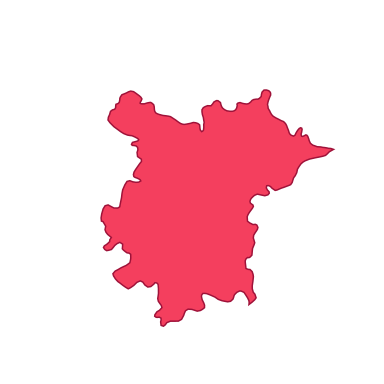 Orsha, Vitebsk, Belarus (Albers equal-area conic projection), rotated 35°
{"feature_id": "67162791B52368794321360", "entity_name": "Orsha", "entity_type": "district", "adm_level": 2, "iso_a3": "BLR", "parent_name": "Belarus", "parent_adm1": "Vitebsk", "projection": "albers", "projection_center": [30.362, 54.544], "detail": "fine", "context": "isolated", "style": "filled", "palette": "rose", "viewbox_px": 384, "rotation_deg": 35, "n_neighbors": 0, "source": "geoboundaries", "source_scale": "gbopen_adm2", "svg_char_len": 5349}
<svg xmlns="http://www.w3.org/2000/svg" viewBox="0 0 384 384"><g transform="rotate(35 192 192)"><path d="M303.2,251.5L304.4,247.8L305.2,244.2L305.2,241.9L302.1,239.6L299.7,239.0L296.9,236.7L295.1,234.2L293.2,230.4L290.9,226.2L289.2,224.4L286.9,222.7L284.0,222.2L282.3,223.2L280.1,223.7L278.5,221.9L276.1,219.2L275.1,217.9L274.6,216.1L275.0,213.9L276.3,213.1L276.9,212.0L277.3,209.4L275.3,205.9L274.0,203.6L273.1,199.6L272.5,197.6L270.4,195.9L268.6,194.5L267.3,192.0L267.1,189.0L267.1,187.4L267.0,185.1L266.3,183.2L264.1,181.9L262.5,182.1L260.6,183.7L257.1,184.2L254.2,184.1L251.4,180.6L250.9,178.6L250.7,176.5L250.7,174.6L250.8,170.8L250.6,168.7L249.4,167.7L248.0,167.7L246.2,167.6L244.8,166.4L244.3,164.7L244.2,163.2L244.6,160.9L245.1,158.9L246.7,156.3L251.0,154.5L253.8,153.3L255.8,150.8L256.0,148.7L255.0,147.6L252.6,147.1L250.5,146.0L249.6,144.1L250.6,143.1L251.9,142.6L253.7,142.6L255.3,143.0L259.2,143.0L260.5,141.6L262.9,137.7L264.4,135.7L265.7,133.8L267.7,130.9L268.6,129.4L268.6,126.8L267.8,124.4L267.1,122.1L267.2,119.5L266.7,116.1L265.3,112.8L265.1,109.8L265.1,106.6L265.7,104.0L266.7,101.7L269.4,97.6L273.4,93.2L276.4,90.1L278.7,87.6L280.4,85.4L280.9,83.3L281.4,80.3L283.5,75.9L280.8,76.7L278.6,78.0L277.3,78.5L275.2,79.5L273.4,80.5L271.7,81.2L268.6,83.1L265.9,83.8L264.3,84.3L262.6,84.3L260.9,84.1L259.9,83.5L258.4,82.6L257.5,81.8L256.2,80.9L254.9,80.0L253.5,79.6L252.5,79.9L251.6,81.7L250.8,83.0L249.7,83.4L248.7,82.6L248.0,81.7L247.7,80.6L247.1,79.3L246.3,77.6L245.3,76.8L244.2,77.0L243.4,78.4L243.2,80.3L243.2,82.0L243.4,84.4L243.8,86.2L243.1,88.0L240.7,88.6L239.0,88.4L237.5,87.7L236.1,86.5L233.5,84.8L231.2,83.2L229.3,82.3L227.8,82.0L226.6,81.8L224.1,82.4L220.8,82.8L218.3,83.2L215.0,83.4L212.7,82.9L210.4,81.8L209.3,81.1L206.4,79.8L205.3,78.5L203.7,77.1L202.8,75.1L202.2,73.4L201.7,71.5L201.1,69.1L200.9,67.7L200.1,66.4L199.0,65.4L196.8,65.0L194.6,65.7L192.5,67.2L192.1,70.0L192.9,72.2L193.9,74.1L193.5,76.6L192.7,78.2L191.6,78.9L190.6,79.8L189.4,81.0L188.6,82.7L188.5,84.3L187.9,86.6L187.2,87.7L186.1,88.7L184.4,89.6L182.6,90.4L180.0,91.2L178.6,92.8L178.4,94.2L179.5,95.3L180.4,97.6L180.6,99.7L179.8,101.6L178.7,102.8L177.0,104.0L174.0,105.5L171.4,105.9L168.9,105.7L167.2,105.0L165.4,103.7L164.0,102.4L160.9,102.3L159.6,103.1L158.3,105.7L158.4,108.0L158.1,110.5L155.2,112.4L153.8,114.5L152.9,116.4L153.0,118.9L154.2,120.6L156.2,122.7L158.5,124.4L160.0,126.0L162.1,128.1L162.9,130.0L164.6,132.3L165.9,134.7L165.8,136.1L165.3,137.0L163.3,136.5L161.9,135.2L160.7,133.7L159.7,132.6L157.5,132.5L155.2,133.2L153.2,134.3L151.2,136.8L148.4,139.7L147.0,141.0L145.6,141.8L143.5,142.4L141.9,142.5L140.0,142.5L137.2,142.4L134.3,142.5L131.2,142.6L129.4,143.3L127.0,144.5L124.2,146.0L120.7,147.3L118.8,147.8L117.2,148.0L115.2,147.3L113.8,145.9L112.2,143.9L110.6,142.5L108.6,142.2L106.8,142.3L105.7,143.2L104.1,144.9L102.4,147.1L101.1,148.0L99.8,148.9L98.5,149.0L98.1,147.8L98.1,146.6L97.6,144.5L95.8,143.7L93.8,143.4L89.7,143.3L86.6,143.3L83.9,144.5L82.5,146.4L81.5,148.4L80.3,150.3L79.3,151.8L78.8,152.5L78.8,155.0L79.1,156.5L80.0,158.0L81.0,160.3L80.7,161.9L79.4,163.8L80.1,165.2L81.1,166.8L81.2,168.6L79.7,170.4L79.0,172.7L80.1,175.9L80.6,178.7L81.9,181.2L85.1,182.3L90.6,183.3L95.8,183.4L98.9,183.5L102.6,183.3L106.4,182.4L108.2,181.6L110.6,180.3L113.6,179.7L116.8,179.3L118.4,179.8L118.3,181.3L116.9,183.0L114.8,185.5L115.1,187.7L116.3,188.1L118.0,187.1L119.9,186.3L121.9,186.7L123.5,188.5L124.3,191.1L127.1,194.2L129.3,194.2L131.7,194.2L133.1,196.0L132.9,198.6L132.9,202.2L132.9,205.8L133.1,208.9L134.0,211.3L135.5,212.7L136.9,212.7L139.1,212.1L140.9,211.8L142.6,211.7L143.7,212.3L142.6,214.6L140.4,216.3L137.7,217.6L134.6,218.4L132.7,220.6L132.9,224.6L134.0,230.0L135.5,233.3L137.6,237.2L139.6,241.9L141.3,245.6L140.4,247.7L137.2,249.9L134.1,250.3L130.7,250.7L128.7,253.1L128.9,256.8L130.6,261.7L132.4,265.4L134.5,267.8L136.1,267.3L140.9,269.5L142.4,272.8L144.6,274.3L147.2,275.1L152.0,275.5L152.1,278.3L153.0,279.9L152.6,282.0L152.1,284.0L151.1,286.3L151.3,288.2L153.4,289.1L155.7,289.0L157.2,287.5L159.0,285.3L159.3,282.6L159.4,280.1L160.2,277.3L161.8,274.6L165.1,274.5L166.3,276.4L167.5,278.5L169.2,278.9L171.8,279.1L173.7,279.1L175.4,278.2L177.5,278.2L179.7,281.2L180.5,282.7L181.7,285.6L181.0,287.6L180.2,289.9L178.7,292.4L177.3,294.9L176.0,297.8L174.4,300.9L174.1,304.3L175.8,305.7L179.1,307.1L182.7,307.9L185.3,307.9L189.1,308.1L192.0,308.1L195.3,307.9L196.5,305.7L197.9,301.9L198.7,297.6L200.6,294.5L203.4,294.0L206.7,295.2L210.3,295.2L212.5,293.1L213.6,289.3L213.6,287.6L215.3,286.7L217.2,287.1L219.8,290.2L222.7,294.3L223.7,296.2L225.1,299.0L227.2,300.9L232.0,302.6L233.7,304.0L233.2,307.6L232.0,310.2L232.0,312.4L232.0,313.8L232.7,315.2L234.4,315.2L235.4,314.7L237.0,313.3L238.9,313.1L240.1,314.5L240.8,316.4L242.2,317.9L243.2,319.0L245.6,318.3L246.3,316.1L246.3,313.5L248.4,310.2L251.1,308.3L254.9,305.6L256.5,302.3L256.0,298.0L255.3,295.6L254.8,293.0L256.0,290.2L259.3,288.2L264.6,286.6L266.9,284.2L267.9,282.0L268.6,279.6L267.2,277.5L265.2,276.1L262.1,274.4L259.8,272.3L259.0,270.9L259.0,269.0L260.5,267.8L262.4,266.8L265.9,265.9L271.1,264.9L275.0,264.9L278.8,263.9L281.1,262.9L284.2,261.5L286.3,259.4L287.0,256.3L286.5,254.4L285.8,252.5L285.8,251.3L286.3,248.4L287.9,245.6L289.4,244.9L292.2,244.4L295.1,245.5L298.4,246.9L301.0,248.4L302.4,250.0L303.2,251.5Z" fill="#f43f5e" stroke="#9f1239" stroke-width="1.5"/></g></svg>